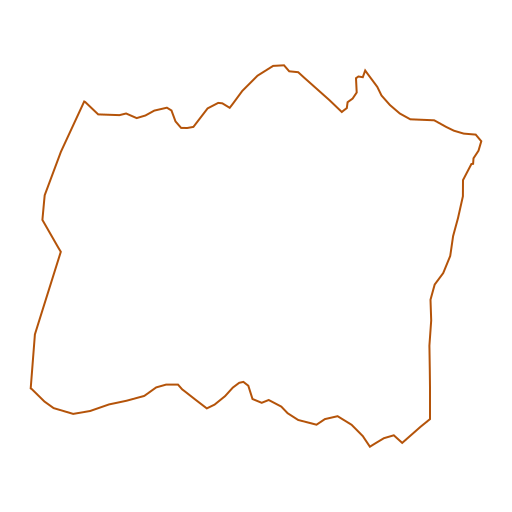 outline of Karforh, River Gee, Liberia
{"feature_id": "62588387B52645090696794", "entity_name": "Karforh", "entity_type": "district", "adm_level": 2, "iso_a3": "LBR", "parent_name": "Liberia", "parent_adm1": "River Gee", "projection": "equal_earth", "projection_center": [-8.131, 5.281], "detail": "fine", "context": "isolated", "style": "outline", "palette": "amber", "viewbox_px": 512, "rotation_deg": 0, "n_neighbors": 0, "source": "geoboundaries", "source_scale": "gbopen_adm2", "svg_char_len": 1662}
<svg xmlns="http://www.w3.org/2000/svg" viewBox="0 0 512 512"><path d="M30.7,388.4L31.8,389.1L44.4,401.5L53.6,408.1L73.2,413.9L90.1,411.0L109.1,404.4L116.8,402.8L126.7,400.7L144.3,395.9L156.2,387.4L166.1,384.6L178.0,384.6L182.2,389.4L183.7,390.5L195.6,399.8L206.8,408.4L214.6,404.6L225.1,396.1L232.8,387.6L239.2,382.8L243.4,381.9L246.2,384.1L248.3,385.7L252.5,399.0L261.7,402.8L268.7,400.0L281.3,406.6L287.6,413.2L298.2,420.0L316.5,424.7L324.9,419.1L337.6,416.2L351.6,424.8L362.9,436.2L363.8,437.6L369.9,446.7L375.9,443.0L383.9,438.2L393.8,435.3L402.2,442.9L420.5,426.8L430.0,419.1L430.0,387.5L429.8,370.0L429.5,350.9L429.4,345.7L431.2,320.5L430.5,299.7L433.2,289.9L434.7,284.5L443.2,273.1L450.2,256.0L450.7,252.7L453.1,236.1L458.0,218.1L462.9,196.3L463.0,180.1L471.4,164.0L473.1,163.8L473.5,158.3L478.5,150.7L481.3,141.2L480.4,140.2L475.7,134.6L470.8,134.2L463.7,133.6L453.9,130.7L446.1,126.9L434.2,120.3L410.3,119.3L399.8,113.5L389.9,105.0L381.5,95.5L377.3,86.9L367.8,74.1L365.2,70.5L362.8,77.2L358.4,76.5L356.0,78.2L356.7,92.5L352.6,98.6L347.6,102.2L346.8,108.1L343.5,110.6L341.8,112.0L339.2,109.5L329.4,100.1L304.2,77.7L298.2,72.2L289.2,71.3L284.0,65.3L273.1,65.9L257.5,75.7L242.3,90.9L233.1,103.4L231.5,105.5L229.7,107.8L228.7,107.2L222.3,103.3L218.2,102.9L207.6,108.4L193.4,126.9L187.2,128.0L181.1,127.9L175.5,121.4L171.8,111.4L171.5,110.5L166.9,107.7L154.3,110.6L145.4,115.5L140.0,117.1L136.7,118.1L126.1,113.5L119.6,115.1L118.4,115.1L98.2,114.4L85.2,102.0L84.2,101.5L60.9,151.8L47.4,188.0L44.7,195.2L44.1,201.4L42.4,219.9L57.3,245.9L58.7,248.3L60.8,251.8L40.9,315.2L34.9,334.4L34.7,337.1L30.7,388.4Z" fill="none" stroke="#b45309" stroke-width="2"/></svg>